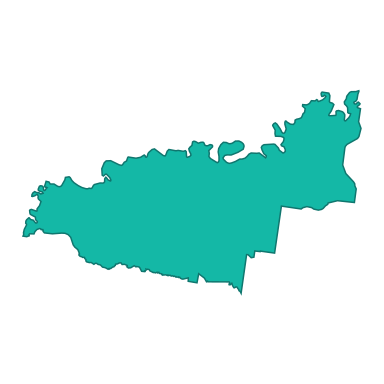 Manningham, Victoria, Australia (Natural Earth projection)
{"feature_id": "25037944B66764167138958", "entity_name": "Manningham", "entity_type": "district", "adm_level": 2, "iso_a3": "AUS", "parent_name": "Australia", "parent_adm1": "Victoria", "projection": "natural_earth1", "projection_center": [145.177, -37.757], "detail": "fine", "context": "isolated", "style": "filled", "palette": "teal", "viewbox_px": 384, "rotation_deg": 0, "n_neighbors": 0, "source": "geoboundaries", "source_scale": "gbopen_adm2", "svg_char_len": 5970}
<svg xmlns="http://www.w3.org/2000/svg" viewBox="0 0 384 384"><path d="M23.0,236.1L26.7,236.7L29.2,235.8L29.0,234.5L29.7,233.8L34.0,233.9L34.9,231.7L36.9,229.5L39.7,228.5L40.5,228.8L41.1,229.6L41.7,229.4L42.2,229.9L42.8,229.6L43.2,230.2L43.1,231.4L44.4,232.9L52.4,233.8L61.6,233.1L65.1,233.3L68.3,234.7L70.7,237.3L73.2,244.9L74.8,247.1L77.8,249.6L79.4,253.4L79.4,254.0L79.0,254.1L79.0,255.2L80.2,256.4L81.7,256.7L82.5,257.4L84.5,257.4L84.8,258.6L85.9,259.5L85.9,260.9L86.5,261.8L89.3,262.6L91.2,262.5L93.9,264.3L95.3,263.3L96.8,263.4L98.0,264.4L100.4,264.9L102.5,267.1L105.3,267.7L108.0,269.2L108.4,268.7L109.1,269.2L109.6,268.9L109.7,268.5L110.8,268.5L112.6,267.1L113.9,266.8L114.7,265.7L115.3,265.5L115.6,264.2L117.5,263.9L119.2,263.0L120.9,262.8L122.1,264.5L124.5,264.3L127.3,265.5L127.3,266.5L126.9,266.8L128.4,268.0L130.7,267.8L134.2,265.7L136.0,266.9L136.6,266.5L138.9,266.9L139.8,267.8L141.6,271.3L144.4,271.6L144.7,270.9L145.2,271.2L145.3,270.7L146.1,270.1L146.4,269.7L146.2,269.2L147.0,269.5L147.5,269.2L149.3,269.6L149.8,270.8L153.3,272.6L153.9,272.4L155.5,272.9L157.1,272.2L157.5,272.9L158.8,272.3L159.3,273.4L161.6,273.8L161.8,274.5L162.6,274.5L162.6,275.1L165.9,274.8L167.3,275.5L167.5,275.1L168.2,275.1L168.6,275.6L170.1,275.2L171.2,276.1L172.3,275.7L173.4,276.4L174.1,276.0L175.8,277.0L176.1,276.6L177.0,277.2L178.7,276.9L178.8,277.5L179.9,277.4L180.4,278.2L181.9,279.0L183.0,279.1L188.3,277.9L188.2,281.3L197.0,282.8L198.7,273.7L204.4,278.1L206.5,281.8L207.6,281.2L207.9,281.8L229.1,281.9L229.7,282.9L229.0,284.2L229.2,284.8L230.2,284.8L231.8,283.3L232.6,285.7L233.8,287.7L234.5,287.8L236.0,286.9L237.1,287.2L237.9,288.7L238.6,289.3L239.0,290.7L240.2,291.5L241.1,293.3L246.6,254.6L248.1,254.7L251.2,257.7L253.9,257.2L254.8,251.0L260.2,251.6L260.3,251.1L274.6,253.1L281.4,206.1L301.2,209.0L302.9,207.7L306.9,206.6L311.6,207.6L313.8,209.1L318.4,210.1L321.6,209.4L323.2,208.4L325.5,205.8L327.7,204.4L328.1,203.0L337.5,200.7L354.4,202.5L356.2,188.9L354.9,186.0L354.7,183.7L353.5,181.8L345.8,173.5L342.7,165.0L344.9,147.7L345.4,146.3L347.0,144.4L357.5,138.5L358.9,136.6L361.0,128.4L358.6,121.7L360.5,108.7L357.8,107.8L357.2,107.1L357.8,106.0L359.7,104.6L360.0,103.7L358.4,102.1L357.3,102.5L356.4,103.8L355.5,104.0L354.4,103.8L353.8,102.6L354.2,101.9L355.7,101.3L357.0,99.4L357.9,94.1L358.9,91.4L358.8,90.7L356.0,91.6L351.2,91.7L349.6,92.5L347.1,95.7L346.7,96.5L346.3,98.8L344.3,101.9L344.6,104.0L346.5,105.9L347.6,107.6L347.8,112.6L348.6,113.2L350.6,113.7L350.2,115.4L348.9,117.6L345.6,120.9L344.7,120.7L344.3,119.9L344.8,115.9L344.7,114.5L343.4,112.5L342.1,111.6L338.5,110.5L336.5,110.9L336.0,111.5L336.1,114.6L335.7,115.4L329.9,115.8L328.8,115.4L328.9,114.5L331.3,110.9L333.9,104.6L332.5,103.2L330.0,102.4L329.4,101.6L329.9,95.7L328.8,93.1L322.2,92.1L321.6,92.4L321.1,93.6L321.3,95.1L321.8,96.4L322.9,96.4L324.6,95.2L325.9,96.3L325.0,97.8L322.7,99.8L318.7,101.5L318.1,101.4L317.6,100.2L316.8,99.6L315.0,100.9L311.4,100.7L309.6,103.3L308.2,104.3L306.4,104.9L302.7,104.6L302.5,106.1L305.2,108.6L304.5,112.5L303.1,113.6L302.0,116.5L301.2,117.8L299.1,118.7L296.7,119.2L295.1,120.1L294.9,122.6L293.5,124.4L290.5,124.2L287.2,122.2L285.9,121.0L285.4,121.1L284.9,122.2L284.9,124.3L286.2,129.0L284.9,132.4L284.3,133.1L283.0,133.2L282.0,132.4L280.2,128.9L276.9,124.1L275.3,122.9L273.9,123.6L272.9,124.8L272.7,125.6L275.2,130.1L275.0,133.7L275.5,136.2L280.9,136.4L283.1,137.2L284.0,138.1L283.9,139.7L283.3,141.7L281.0,144.6L281.5,145.8L284.0,146.8L285.2,149.4L285.3,151.4L283.7,152.9L282.8,152.9L279.3,150.2L278.4,148.0L275.0,144.4L273.7,144.1L264.0,144.7L262.3,145.7L261.3,147.4L262.1,150.1L263.9,153.8L266.3,155.7L266.2,156.7L265.6,157.8L259.2,153.0L256.8,153.3L251.1,153.0L248.9,154.2L247.3,156.2L245.2,158.1L242.0,159.1L239.7,159.1L235.4,161.5L231.4,163.0L229.1,163.4L226.6,162.4L223.4,159.2L223.0,157.9L224.7,155.5L227.0,154.9L231.2,155.0L238.0,152.3L243.2,149.2L244.0,146.5L243.9,145.2L243.2,143.8L241.6,142.3L238.9,141.0L235.4,141.1L232.3,143.2L230.2,143.7L229.0,143.7L226.3,142.5L223.4,142.3L220.8,144.7L218.7,148.5L218.2,151.9L219.0,156.3L219.0,160.8L218.2,162.2L217.2,162.7L210.4,158.5L208.9,156.5L209.3,153.4L208.8,150.6L212.5,146.9L212.6,145.9L212.0,145.0L210.1,144.6L207.8,145.7L206.4,145.8L204.9,145.2L203.8,142.7L203.0,142.2L200.9,142.3L198.3,143.2L195.6,141.6L193.9,141.2L192.6,141.9L191.9,145.5L190.0,147.1L188.8,148.8L189.4,151.2L190.8,154.0L190.9,155.3L189.8,156.4L187.5,157.3L186.6,156.9L186.2,151.6L185.4,150.7L183.2,151.3L178.1,150.4L176.0,150.8L168.9,149.5L167.2,151.2L165.8,155.0L165.0,156.0L163.2,155.5L154.5,148.9L152.1,149.5L149.1,152.1L148.1,153.4L147.1,156.5L146.5,157.2L145.5,157.0L145.1,155.7L144.2,155.0L140.5,157.3L136.0,158.2L128.2,157.0L127.7,157.6L126.5,161.0L124.2,162.3L122.5,164.8L121.4,165.4L119.1,164.8L110.7,160.7L106.2,160.9L104.3,162.7L101.8,168.7L102.2,175.2L103.4,176.0L105.5,174.2L106.5,174.2L109.7,177.5L110.8,179.7L110.8,180.7L110.3,181.0L108.1,179.9L106.2,177.4L105.7,177.2L104.7,178.8L104.6,181.8L103.9,182.7L103.1,183.1L100.1,183.0L94.5,184.5L93.5,185.3L92.1,187.9L91.2,188.5L89.1,188.2L87.6,188.8L85.9,188.7L81.9,187.5L78.2,185.6L74.0,182.7L71.9,180.5L70.2,177.6L69.1,176.8L65.4,177.4L64.9,179.8L61.8,185.3L60.8,186.3L59.5,186.7L57.8,186.4L54.0,184.0L50.2,184.0L49.0,182.0L46.1,181.3L44.6,186.2L45.2,187.2L46.6,187.3L47.1,187.7L46.6,188.0L45.0,190.3L44.4,190.5L43.6,190.0L43.3,187.3L42.7,186.3L41.7,185.9L40.3,185.8L39.4,186.3L38.2,189.2L38.3,190.2L39.5,191.1L42.4,192.0L43.1,193.3L40.7,194.0L38.9,192.7L36.5,192.5L34.7,191.6L33.0,192.8L32.0,194.5L31.8,196.3L32.5,196.5L34.8,195.8L36.9,194.5L37.5,194.6L38.3,196.6L38.0,197.7L38.4,199.0L41.0,201.5L39.5,205.7L37.1,208.8L37.0,210.9L36.3,211.1L31.4,209.4L30.1,209.8L29.6,210.5L29.9,213.1L30.4,214.4L35.4,217.1L35.6,219.7L37.3,221.5L37.3,222.1L36.7,223.0L35.6,223.0L33.3,220.2L30.6,219.5L29.2,217.8L28.8,217.8L26.6,219.8L25.9,221.1L25.7,223.2L26.5,224.2L26.5,225.0L24.3,229.3L23.5,232.7L23.7,234.5L23.0,236.1Z" fill="#14b8a6" stroke="#0f766e" stroke-width="1.5"/></svg>